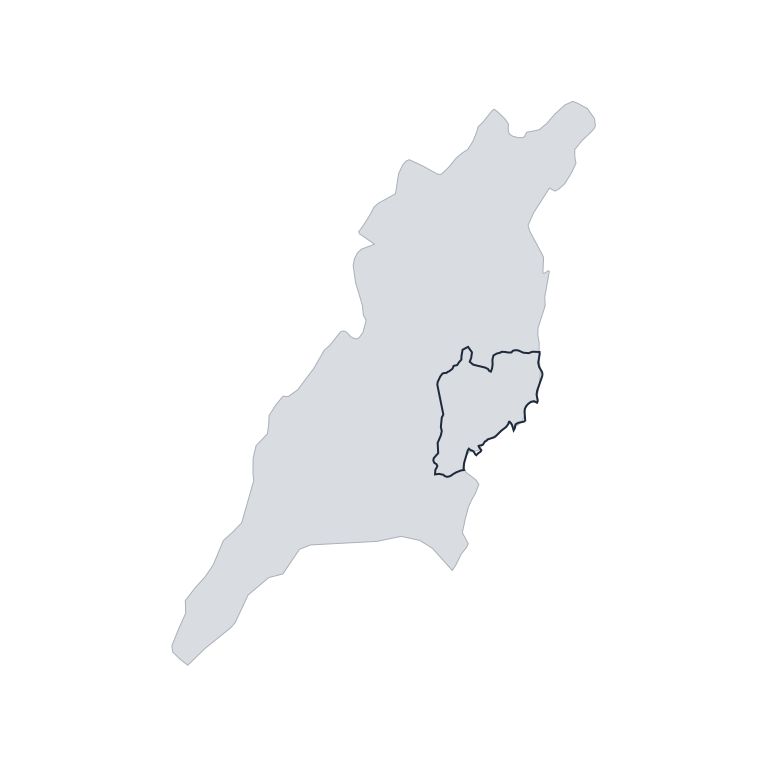 Georgia, with Samtskhe-Javakheti highlighted, rotated 281°
{"feature_id": "GEO-3038", "entity_name": "Samtskhe-Javakheti", "entity_type": "Region", "adm_level": 1, "iso_a3": "GEO", "parent_name": "Georgia", "parent_adm1": "", "projection": "mercator", "projection_center": [43.25, 41.511], "detail": "fine", "context": "in_parent", "style": "outline", "palette": "slate", "viewbox_px": 768, "rotation_deg": 281, "n_neighbors": 0, "source": "natural_earth", "source_scale": "10m", "svg_char_len": 3775}
<svg xmlns="http://www.w3.org/2000/svg" viewBox="0 0 768 768"><g transform="rotate(281 384 384)"><path d="M394.7,537.7L394.9,535.4L394.1,531.7L391.2,529.1L387.1,527.4L379.7,528.0L372.8,526.3L367.8,521.7L366.7,518.1L369.6,515.2L367.5,512.8L358.9,507.1L344.8,492.9L336.8,489.7L333.7,480.8L330.5,478.9L323.8,478.0L316.7,478.9L315.2,479.9L313.0,481.4L307.4,492.5L303.5,496.3L294.0,494.5L286.1,491.9L279.6,490.4L267.1,489.5L252.9,489.3L243.3,497.2L239.2,496.2L231.9,492.3L220.2,489.1L214.0,486.6L231.9,463.0L237.3,449.0L237.5,440.5L237.7,429.8L228.3,407.5L220.3,375.7L212.0,342.5L205.5,332.5L178.3,321.0L172.0,307.8L150.9,290.8L121.6,283.5L115.8,280.3L90.4,258.9L70.5,245.0L74.8,236.6L80.5,227.8L86.6,225.7L104.6,229.2L121.2,233.1L133.3,230.3L147.6,237.3L160.8,245.3L174.0,250.9L199.8,256.2L209.4,263.5L220.6,270.8L264.6,274.6L268.1,273.4L271.3,272.4L286.1,269.7L299.1,270.2L312.9,279.1L321.7,278.6L331.1,277.2L343.2,282.0L352.7,287.2L353.5,292.6L361.9,300.4L386.1,312.2L405.8,318.9L411.9,323.6L426.8,331.3L428.3,333.8L428.0,336.9L423.8,342.7L422.7,347.9L424.7,350.8L430.9,353.6L443.2,354.3L447.6,350.6L456.8,347.9L465.9,343.2L478.0,336.8L494.5,331.1L501.2,331.1L507.5,332.9L512.0,336.1L519.4,347.9L526.8,331.3L528.7,330.1L535.5,333.4L547.5,338.0L555.8,340.5L560.3,343.9L573.0,359.0L593.5,358.2L602.2,360.5L606.9,363.0L609.0,365.9L605.3,380.8L600.2,396.4L600.6,400.1L608.9,406.0L620.1,412.1L626.1,417.1L630.2,421.5L639.0,424.9L649.4,427.0L654.4,427.3L659.6,431.0L673.0,438.0L674.7,439.7L672.5,444.2L667.1,452.4L662.8,456.6L658.1,457.2L653.4,459.1L651.7,463.4L651.5,469.1L652.3,473.1L653.5,474.7L658.3,476.0L663.1,487.8L670.5,493.8L682.1,500.6L692.4,508.3L697.5,515.4L696.5,520.5L693.1,531.2L684.5,540.1L677.4,542.3L674.8,541.5L670.1,538.7L660.7,531.9L650.5,526.5L642.6,528.2L637.4,530.3L627.2,527.8L615.1,523.2L608.8,518.5L606.0,515.1L607.8,509.0L580.4,498.1L567.1,495.1L561.2,498.4L541.0,514.9L538.6,516.5L523.2,518.8L523.1,520.1L526.6,523.7L526.0,524.8L500.1,525.2L491.5,527.3L468.5,524.5L460.9,525.8L454.4,528.4L438.7,531.3L427.8,534.8L413.9,536.6L399.6,536.7L394.7,537.7Z" fill="#d9dde1" stroke="#a8b0b8" stroke-width="1"/><path d="M337.6,492.2L335.8,491.6L334.1,489.7L331.7,488.2L332.4,487.0L334.3,485.4L335.0,484.5L335.4,483.4L335.6,482.1L335.9,480.9L336.7,479.7L334.9,478.9L321.8,477.7L317.0,478.1L315.2,478.7L314.8,478.9L313.9,476.2L311.1,471.8L308.9,469.2L306.5,466.9L305.6,465.4L304.9,463.6L305.2,461.2L306.2,459.6L306.3,455.2L305.4,452.6L305.0,451.3L309.6,450.8L311.7,451.6L313.8,452.0L315.4,450.7L316.2,448.4L318.3,447.0L320.7,447.0L326.5,450.4L336.4,447.9L344.4,449.6L348.7,449.7L352.7,448.0L362.3,447.1L363.9,447.7L365.5,448.0L393.4,436.5L396.1,436.3L402.1,437.8L405.4,439.4L406.3,441.1L406.8,443.2L408.1,444.2L409.0,445.7L412.2,448.4L415.1,448.9L416.5,452.2L419.5,453.4L422.7,455.3L426.3,454.7L432.6,454.6L436.5,459.4L431.9,464.3L426.3,464.6L422.2,463.9L420.0,467.8L419.4,480.3L418.5,483.4L417.1,484.5L416.5,486.5L419.8,487.1L423.9,486.9L428.4,485.8L432.9,486.0L435.3,488.7L437.0,492.3L437.9,493.0L438.3,494.7L438.6,497.4L438.6,500.1L439.3,503.0L441.3,504.3L442.3,506.7L442.6,509.3L441.3,514.8L441.9,520.3L443.2,522.1L444.1,524.1L445.1,530.6L443.0,531.1L434.4,531.3L430.4,533.0L426.0,536.8L424.2,537.6L421.9,537.8L406.6,535.6L402.6,535.8L397.6,537.9L396.6,538.1L395.7,538.1L394.8,537.8L395.8,534.6L394.5,531.6L392.0,529.3L389.4,527.8L386.5,527.0L383.7,527.2L375.1,529.6L373.8,528.6L371.5,523.1L369.6,520.9L367.8,520.7L365.7,520.9L363.2,520.1L368.2,517.5L369.6,516.3L370.9,514.5L370.8,513.9L368.0,513.5L365.1,512.1L360.6,508.1L353.7,503.4L352.4,501.9L349.6,496.6L348.8,495.8L348.0,495.5L347.5,495.0L347.2,494.4L346.6,493.9L343.8,492.9L343.1,492.5L342.4,491.1L341.8,489.6L341.2,488.7L339.9,489.5L337.6,492.2Z" fill="none" stroke="#1e293b" stroke-width="2"/></g></svg>